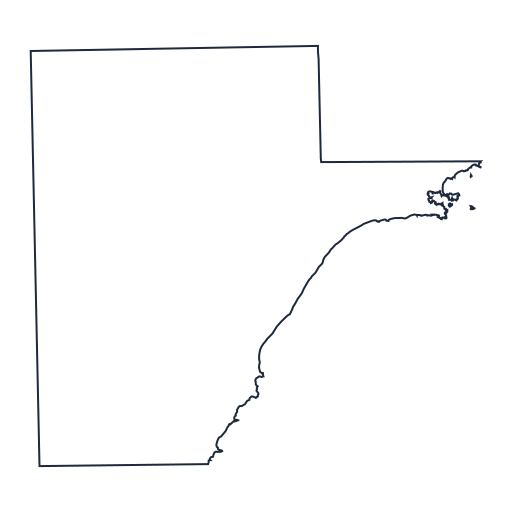 outline of Escalante, Chubut, Argentina
{"feature_id": "61730980B51244903644877", "entity_name": "Escalante", "entity_type": "district", "adm_level": 2, "iso_a3": "ARG", "parent_name": "Argentina", "parent_adm1": "Chubut", "projection": "albers", "projection_center": [-67.016, -45.339], "detail": "fine", "context": "isolated", "style": "outline", "palette": "slate", "viewbox_px": 512, "rotation_deg": 0, "n_neighbors": 0, "source": "geoboundaries", "source_scale": "gbopen_adm2", "svg_char_len": 6122}
<svg xmlns="http://www.w3.org/2000/svg" viewBox="0 0 512 512"><path d="M30.7,51.0L39.5,466.1L208.1,464.1L208.7,462.0L208.7,460.4L209.4,460.1L210.3,460.1L209.9,459.7L209.9,458.8L210.2,458.1L210.9,457.2L213.1,456.7L213.3,455.3L214.1,453.2L214.7,452.3L215.8,451.7L218.2,451.9L221.2,451.7L222.2,451.1L221.9,450.6L218.5,449.6L217.9,448.9L217.9,447.7L216.8,446.8L216.4,445.2L216.4,444.3L217.5,440.6L218.5,438.4L219.1,437.5L221.0,436.5L221.7,435.8L225.8,430.8L227.3,427.4L228.3,426.3L229.1,424.4L229.7,424.0L230.2,424.4L233.9,421.0L234.4,420.9L234.7,421.4L236.3,421.0L236.8,420.5L238.0,420.4L238.4,420.2L238.5,419.4L238.4,420.1L237.9,420.4L236.5,420.3L236.6,419.9L235.9,419.9L235.9,420.2L234.8,420.1L234.4,419.2L234.2,417.8L234.7,416.4L235.8,415.6L235.6,414.6L235.8,414.0L237.2,411.6L237.1,410.8L237.1,409.9L238.7,406.9L240.0,406.0L241.6,406.1L245.0,404.1L247.2,400.8L249.3,400.0L249.6,398.3L251.2,396.7L252.3,396.4L255.1,397.4L255.8,397.9L256.4,397.5L256.6,397.0L257.7,396.6L258.0,394.7L258.4,394.1L258.4,393.8L258.1,392.7L256.7,391.2L256.5,390.1L257.0,389.4L256.8,387.8L257.7,386.3L256.4,385.3L255.8,384.4L255.7,382.0L255.3,380.8L255.4,379.9L256.2,378.4L259.1,376.5L259.7,376.4L261.9,377.0L262.9,376.3L263.4,376.3L262.9,374.6L263.0,373.2L261.9,373.2L261.6,372.7L260.4,372.3L259.8,370.9L259.0,367.7L259.2,365.0L259.8,362.5L259.1,358.9L259.2,354.9L259.8,351.3L260.3,349.4L261.5,346.6L263.5,343.6L265.1,341.8L267.3,338.8L272.4,333.6L276.7,326.7L281.3,321.5L287.4,315.6L289.3,314.4L289.9,314.2L292.3,309.1L292.9,307.1L295.1,303.7L297.8,298.7L301.8,293.3L304.0,288.4L308.3,281.0L309.6,279.2L311.0,277.9L311.9,276.2L315.5,272.7L318.9,266.8L321.6,264.2L322.5,262.9L323.5,259.3L324.8,256.9L328.9,252.6L331.0,249.3L332.8,247.7L335.4,244.6L337.4,243.4L341.2,240.3L343.9,237.3L344.3,236.4L345.5,235.6L346.7,234.0L348.3,233.1L349.3,232.1L352.6,230.0L361.1,225.6L363.7,223.9L371.6,220.9L374.6,220.2L376.2,220.5L376.7,221.1L377.5,221.1L377.5,221.5L377.8,221.7L379.1,221.8L379.5,221.1L380.6,220.6L384.5,219.5L385.6,219.6L386.4,220.7L388.0,220.9L387.9,220.7L388.6,220.0L390.6,219.0L394.6,218.1L401.7,217.9L404.7,218.5L406.5,218.0L410.5,215.6L414.3,214.5L416.6,214.9L417.0,215.6L417.1,215.2L417.5,215.0L419.5,215.0L420.9,215.3L420.8,215.6L421.3,215.8L425.7,214.7L426.5,214.9L427.0,215.5L427.4,215.5L427.4,215.3L427.9,215.1L428.5,215.4L430.0,215.3L430.4,215.7L431.0,215.7L431.2,215.3L431.8,215.0L431.7,214.7L432.3,214.8L432.4,215.2L432.6,215.1L432.5,214.8L432.7,214.6L433.9,215.1L434.2,214.9L434.2,214.6L434.6,214.6L436.5,214.8L436.7,215.0L436.9,215.5L437.6,215.7L437.8,215.7L437.7,215.2L438.0,215.1L438.8,215.4L439.1,216.0L438.9,216.4L438.9,217.2L438.5,217.4L440.2,218.2L440.5,218.1L440.8,218.9L441.2,219.0L441.7,218.5L442.0,218.9L442.5,218.1L442.5,217.5L443.0,217.4L443.7,217.8L444.2,217.7L445.1,218.2L445.4,218.1L445.4,218.4L446.3,218.3L446.5,217.6L445.6,216.6L446.1,216.3L445.9,215.8L446.1,215.3L445.0,213.9L445.4,213.6L445.0,213.6L444.9,212.8L445.6,212.2L446.0,212.4L446.2,212.2L446.0,211.9L447.0,211.5L446.8,211.2L447.3,210.8L447.3,210.0L446.3,210.3L445.7,210.0L445.4,209.5L446.0,209.0L445.9,208.8L444.4,208.7L444.1,207.5L444.2,206.8L443.0,205.9L442.9,205.0L442.0,205.5L441.5,205.1L441.3,204.6L441.5,204.3L442.0,204.4L442.3,204.1L442.4,203.1L441.6,203.6L441.0,204.3L440.2,203.9L440.1,204.0L440.5,204.3L439.5,204.1L439.2,204.2L438.6,203.7L438.0,204.3L437.4,204.1L436.8,204.7L436.6,204.4L436.0,204.5L435.8,204.3L435.8,203.8L435.4,203.9L435.0,203.6L435.2,202.5L435.5,202.5L435.6,202.2L434.4,201.6L433.9,200.9L433.1,201.0L432.6,200.4L432.3,200.5L432.5,201.2L432.3,201.9L431.9,202.5L431.1,202.2L431.4,202.8L430.8,203.1L430.4,202.2L429.4,201.9L429.0,200.6L428.4,199.9L428.4,198.8L429.7,198.2L431.4,198.1L431.3,197.8L431.7,197.3L430.3,197.7L429.1,196.5L428.9,195.6L428.5,195.4L428.2,194.6L427.8,194.6L427.7,193.9L428.1,193.6L427.7,193.4L427.8,193.0L428.1,192.6L428.3,191.8L430.1,191.3L431.8,191.8L432.7,193.1L432.8,192.7L432.6,192.8L432.6,192.5L432.8,192.0L433.7,192.2L433.8,192.6L434.4,192.9L435.4,193.1L436.0,192.6L437.2,192.9L437.3,192.3L438.2,192.5L440.0,191.0L440.3,191.2L440.3,192.0L439.7,192.6L440.3,193.1L441.2,194.5L441.6,196.1L442.0,195.7L441.8,195.6L442.0,195.3L442.9,195.2L445.4,195.8L446.7,195.7L446.8,196.0L447.3,195.9L448.5,196.6L448.9,197.4L448.2,197.8L448.9,198.2L448.9,199.3L449.1,199.9L450.0,199.6L450.7,199.9L451.8,199.8L452.0,200.0L452.0,200.6L452.6,200.5L451.8,199.0L452.1,198.0L452.4,198.8L453.5,199.3L453.7,199.8L455.2,199.6L455.8,200.1L456.2,199.8L456.5,200.3L456.7,200.1L456.6,199.6L457.0,199.0L457.6,199.0L457.9,198.4L457.9,197.9L457.5,197.4L457.4,197.0L457.8,196.6L457.5,196.4L457.5,196.0L458.6,195.7L458.6,195.2L459.0,194.9L459.3,195.0L459.3,194.4L459.7,194.3L458.8,194.1L458.2,193.3L453.1,194.7L452.4,194.7L451.4,194.1L451.3,193.7L449.9,193.4L448.9,194.5L447.0,194.1L446.0,195.0L445.5,195.1L444.6,194.6L443.2,192.8L442.8,191.4L442.6,188.8L442.9,184.8L443.8,182.6L445.2,181.2L446.5,178.8L447.9,177.9L449.1,178.4L449.9,178.2L450.5,178.9L451.2,178.6L452.1,179.0L452.2,178.1L453.0,177.3L454.3,177.0L454.6,177.3L454.8,175.3L457.0,173.1L458.5,172.1L461.6,170.8L463.1,170.8L463.9,171.4L464.9,170.9L465.5,171.0L465.6,170.6L466.1,170.2L467.1,170.4L468.0,169.8L468.0,169.2L469.3,168.0L470.0,167.6L471.2,167.5L471.1,166.6L471.5,166.1L473.4,164.8L473.8,164.9L474.4,164.5L475.6,164.5L476.2,165.0L476.1,165.5L477.0,165.7L480.4,167.4L481.3,167.5L479.1,166.2L478.7,165.7L478.9,163.9L479.2,163.5L479.7,163.6L479.4,163.4L479.4,163.0L480.3,162.6L479.9,162.3L479.9,161.9L480.6,161.3L321.2,162.1L320.8,158.5L318.6,59.0L318.0,52.2L317.9,45.9L170.8,48.5L30.7,51.0ZM471.8,206.6L471.3,206.2L470.7,206.1L471.1,206.9L471.8,207.2L472.3,207.8L471.9,208.5L470.8,208.6L470.7,208.9L470.9,209.2L472.6,209.2L473.9,208.8L474.4,208.3L473.3,207.6L472.3,206.6L471.8,206.6ZM450.9,204.3L450.0,203.4L449.5,203.6L449.7,204.4L450.8,205.4L451.5,205.6L452.1,205.0L452.1,204.2L450.9,204.3ZM449.9,206.7L450.2,206.5L450.3,206.2L449.5,205.1L448.8,204.9L448.8,205.4L449.2,205.7L449.3,206.4L449.9,206.7ZM471.2,175.9L470.9,175.1L470.8,175.5L471.0,176.1L470.7,176.5L470.8,176.8L471.3,176.3L472.4,176.0L471.2,175.9Z" fill="none" stroke="#1e293b" stroke-width="2"/></svg>